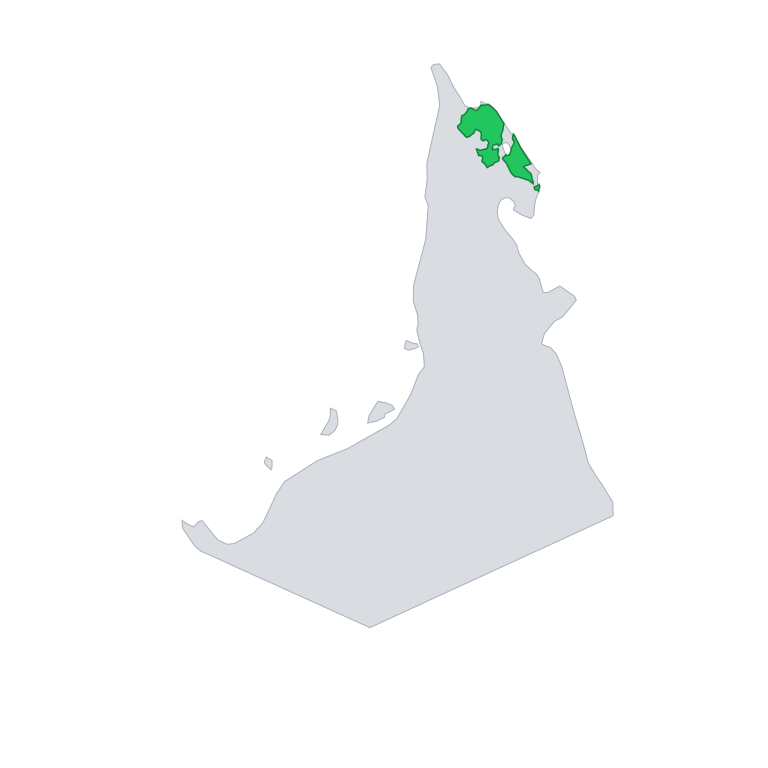 United Arab Emirates, with Fujayrah highlighted, rotated 326°
{"feature_id": "ARE-341", "entity_name": "Fujayrah", "entity_type": "Emirate", "adm_level": 1, "iso_a3": "ARE", "parent_name": "United Arab Emirates", "parent_adm1": "", "projection": "equal_earth", "projection_center": [56.162, 25.265], "detail": "fine", "context": "in_parent", "style": "filled", "palette": "green", "viewbox_px": 768, "rotation_deg": 326, "n_neighbors": 0, "source": "natural_earth", "source_scale": "10m", "svg_char_len": 5148}
<svg xmlns="http://www.w3.org/2000/svg" viewBox="0 0 768 768"><g transform="rotate(326 384 384)"><path d="M622.4,203.9L629.1,215.0L630.1,290.6L631.6,295.9L628.0,296.8L624.0,302.5L619.3,311.4L612.9,316.0L607.7,321.2L602.8,327.6L598.4,329.0L592.7,320.8L588.8,312.5L589.8,310.6L592.5,310.1L593.6,305.8L591.9,299.5L588.1,297.2L583.2,297.0L578.6,299.8L573.7,305.3L570.9,311.2L570.5,323.1L571.8,336.5L571.7,343.0L569.0,351.1L568.0,363.1L569.9,372.3L571.7,377.8L571.9,382.4L567.2,397.2L571.2,399.9L584.5,401.0L588.4,411.0L591.0,417.8L590.3,421.9L580.9,424.9L569.1,428.3L560.6,427.3L545.3,431.8L537.1,438.7L539.5,443.1L542.3,446.4L543.6,455.6L541.2,468.6L536.8,481.3L531.4,497.0L525.1,515.2L516.5,542.5L509.2,563.9L508.3,579.4L508.5,589.5L507.6,609.7L500.7,620.8L499.1,621.2L491.0,619.8L488.2,619.4L480.4,618.1L468.2,616.1L452.4,613.5L433.8,610.5L413.0,607.0L390.7,603.4L367.8,599.6L344.8,595.9L322.6,592.2L301.8,588.8L283.1,585.8L267.4,583.2L255.3,581.2L247.5,579.9L244.7,579.5L236.0,578.0L231.4,570.5L225.8,561.5L220.2,552.4L214.6,543.3L209.1,534.3L203.5,525.2L197.9,516.2L192.3,507.1L186.7,498.1L181.2,489.0L175.6,480.0L170.0,471.0L164.5,461.9L158.9,452.9L153.4,443.9L147.8,434.8L142.2,425.8L138.5,419.8L136.5,412.9L136.4,395.1L136.4,391.2L140.3,384.0L142.1,389.2L146.2,396.1L153.5,394.4L156.8,395.6L159.0,420.3L164.2,429.1L170.6,432.6L192.5,434.6L206.1,431.3L233.1,415.1L247.2,409.3L286.1,410.3L317.2,417.1L365.7,421.0L375.2,420.0L401.4,407.0L417.5,395.6L427.1,392.3L433.5,381.3L437.7,366.9L441.4,357.5L446.1,353.0L450.6,345.1L454.3,332.2L463.3,319.1L499.5,287.4L520.6,260.6L522.4,252.0L533.9,239.0L543.1,224.8L585.9,184.3L594.5,167.6L599.6,148.9L600.2,147.6L603.8,146.8L609.0,149.7L609.6,163.6L607.7,176.9L607.4,190.9L606.7,198.5L610.7,204.7L617.4,207.4L620.4,207.1L622.4,203.9ZM620.7,260.8L621.4,254.9L620.3,251.8L615.9,251.4L614.1,256.5L613.4,263.8L616.5,264.4L620.7,260.8ZM378.8,406.2L378.8,410.9L368.3,409.5L365.5,411.9L357.0,410.6L348.6,407.2L354.3,401.6L369.2,395.0L375.3,401.0L378.8,406.2ZM317.6,395.0L310.0,395.8L303.2,390.5L317.8,383.6L321.7,380.4L326.0,374.0L329.4,379.5L325.6,388.2L322.8,391.9L317.6,395.0ZM434.2,369.7L433.3,372.3L430.4,372.1L423.2,369.7L420.8,365.8L425.4,361.1L427.4,360.9L430.3,365.8L434.2,369.7ZM244.2,390.9L242.4,391.9L240.7,384.4L240.8,382.1L245.6,378.7L248.4,384.8L244.2,390.9Z" fill="#d9dde1" stroke="#a8b0b8" stroke-width="1"/><path d="M618.6,247.7L615.8,250.2L612.9,250.9L612.1,250.4L612.0,250.0L612.0,249.6L612.2,249.2L612.3,248.8L612.1,248.5L611.8,248.3L608.5,247.2L608.1,247.1L607.3,247.5L606.5,248.2L605.1,250.0L605.1,250.6L605.3,250.9L606.0,250.8L606.6,250.9L606.9,251.1L607.5,251.9L607.7,252.1L608.0,252.3L608.3,252.4L608.7,252.4L610.1,252.3L610.3,252.5L610.3,252.8L609.8,253.9L609.2,254.6L608.5,255.4L606.9,256.8L606.4,257.8L606.3,258.7L606.4,259.4L606.4,260.1L606.2,260.7L605.9,261.1L605.3,261.6L605.0,262.0L604.7,262.6L604.1,263.0L603.0,263.2L600.0,262.4L599.0,262.4L598.0,262.8L597.1,263.1L595.9,263.0L594.3,262.5L590.5,262.2L590.7,259.3L590.7,258.5L589.6,254.4L592.2,251.8L592.6,250.3L592.5,249.8L592.4,249.3L592.2,248.9L591.9,248.7L591.6,248.4L590.2,247.6L592.0,240.9L592.8,241.6L593.2,242.2L593.6,243.0L594.1,243.8L594.8,244.2L599.8,246.0L600.9,246.2L601.8,246.0L602.6,245.5L603.2,244.8L604.0,243.7L604.5,243.5L605.1,243.5L605.6,243.1L605.9,242.0L605.7,239.2L605.2,238.3L604.5,238.0L603.7,238.2L603.0,238.2L602.4,238.0L602.1,237.7L601.9,237.3L601.8,236.9L601.7,236.6L601.6,236.3L601.4,236.1L601.3,235.8L601.4,235.5L601.6,235.0L604.1,231.7L604.7,230.4L605.0,229.2L604.8,228.1L604.4,227.3L603.1,225.1L602.6,224.6L602.5,224.4L602.2,224.3L601.7,224.3L601.3,224.4L601.1,224.5L599.6,225.8L599.1,226.1L598.4,226.3L596.2,226.2L593.1,226.6L592.7,226.5L592.0,226.1L591.7,226.0L590.7,225.8L590.3,225.5L590.1,225.1L590.0,224.6L589.8,222.4L588.9,217.9L588.9,216.9L588.4,214.0L588.4,213.0L588.8,212.1L589.6,211.3L590.7,211.1L591.5,211.3L592.1,211.3L593.0,211.0L594.2,210.2L596.7,206.9L597.9,205.7L598.5,205.3L598.9,205.1L599.6,205.4L600.4,205.6L601.9,205.5L606.1,204.1L607.5,202.9L607.9,203.2L610.3,203.7L611.2,204.6L612.2,207.4L613.0,208.4L614.6,209.0L616.2,208.6L620.4,207.1L622.6,208.6L625.0,209.8L626.7,210.2L627.5,211.8L629.7,221.0L629.1,233.7L629.2,235.1L628.8,235.3L624.6,239.9L620.8,242.7L619.8,243.8L619.2,245.3L618.9,246.7L618.6,247.7ZM616.0,264.1L617.7,263.2L620.7,260.6L621.9,259.4L624.3,258.3L627.1,256.5L627.6,252.8L628.4,251.5L631.0,249.1L631.2,250.1L631.1,251.6L630.6,254.3L630.3,258.4L629.4,264.4L629.0,283.7L628.4,283.6L623.0,282.1L622.1,282.1L621.1,282.3L621.1,282.9L621.3,283.4L621.6,284.2L621.9,285.1L622.2,286.2L622.4,288.2L622.6,289.0L622.9,289.7L623.2,290.3L623.3,291.2L623.2,292.4L622.8,294.2L622.2,295.3L621.6,295.9L620.8,299.7L619.6,301.4L617.9,296.2L610.6,286.7L609.9,286.1L608.7,285.8L608.2,283.8L607.9,282.9L607.6,281.9L607.5,280.6L607.6,279.0L608.8,270.3L608.8,268.8L608.7,267.3L608.2,264.4L608.3,263.5L608.9,262.9L611.8,262.6L613.1,262.0L613.1,262.8L614.4,263.6L616.0,264.1ZM624.1,305.2L624.0,306.1L623.5,307.5L620.6,310.0L620.0,310.7L619.6,309.1L617.8,307.5L618.5,304.7L620.1,304.9L623.3,305.6L624.1,305.2L624.1,305.2Z" fill="#22c55e" stroke="#15803d" stroke-width="1.5"/></g></svg>